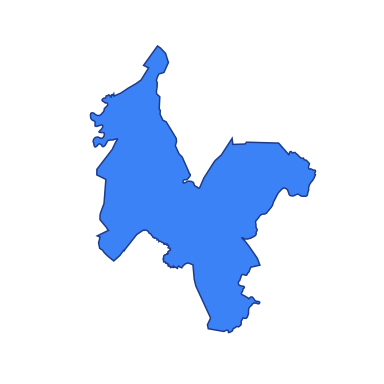 Juan R. Escudero, Guerrero, Mexico (Robinson projection), rotated 228°
{"feature_id": "50627088B85628138735153", "entity_name": "Juan R. Escudero", "entity_type": "district", "adm_level": 2, "iso_a3": "MEX", "parent_name": "Mexico", "parent_adm1": "Guerrero", "projection": "robinson", "projection_center": [-99.489, 17.137], "detail": "fine", "context": "isolated", "style": "filled", "palette": "blue", "viewbox_px": 384, "rotation_deg": 228, "n_neighbors": 0, "source": "geoboundaries", "source_scale": "gbopen_adm2", "svg_char_len": 6049}
<svg xmlns="http://www.w3.org/2000/svg" viewBox="0 0 384 384"><g transform="rotate(228 192 192)"><path d="M60.6,136.4L60.4,138.7L60.7,139.9L63.2,142.3L63.5,143.6L64.4,145.5L64.2,145.9L63.1,146.3L62.0,147.6L61.9,147.9L62.0,149.3L63.8,152.6L66.0,154.6L67.7,156.7L68.0,158.3L67.9,160.6L68.4,162.1L67.9,163.9L67.5,164.4L67.0,164.7L66.3,165.6L65.3,165.8L64.5,166.5L64.1,167.2L64.3,168.1L64.9,168.6L65.8,168.4L67.7,166.8L69.1,166.1L70.4,166.4L71.6,166.5L73.1,166.6L73.8,166.4L74.6,165.6L74.7,164.9L74.6,163.3L74.8,162.7L75.3,162.8L75.6,162.8L80.1,161.4L82.2,160.5L83.0,160.5L83.7,160.9L84.6,163.6L85.8,165.1L85.8,166.4L85.9,166.9L86.8,167.4L87.3,167.3L89.3,165.7L90.6,165.0L91.2,164.7L92.1,164.8L93.7,165.9L94.3,166.7L94.2,168.0L94.3,168.3L95.2,169.8L95.6,170.8L96.3,171.7L97.0,173.1L96.9,174.4L96.1,175.1L94.3,176.1L93.8,176.7L93.7,177.3L94.4,179.1L94.5,180.8L96.8,185.3L92.2,193.5L99.1,196.2L113.8,198.1L120.9,198.6L124.4,198.3L124.6,198.7L121.9,199.8L120.2,201.4L119.8,202.1L118.4,204.7L117.9,206.9L117.5,207.9L117.4,209.4L117.2,209.8L117.3,210.5L117.9,211.7L118.6,212.1L119.0,212.6L120.1,215.0L121.2,215.6L122.9,215.9L124.7,217.5L127.1,219.1L127.9,220.2L127.9,221.6L128.2,222.6L128.3,224.3L128.8,225.4L129.0,227.6L128.4,229.5L127.0,231.3L126.4,233.2L126.9,235.1L127.0,236.9L127.5,239.9L128.1,242.5L128.6,243.6L129.8,245.3L133.6,255.4L134.0,260.1L133.9,262.1L133.1,263.3L132.3,263.9L130.4,264.4L129.2,264.3L125.0,262.5L123.9,262.5L123.5,262.7L122.4,263.5L121.2,264.8L120.1,268.4L119.4,269.4L118.9,269.7L116.5,270.2L115.2,271.0L112.6,273.8L112.4,274.8L112.5,275.6L114.0,277.6L115.6,280.2L117.1,281.5L118.7,283.9L119.6,287.0L119.8,289.0L120.5,291.5L122.2,295.3L123.0,295.3L123.7,295.6L124.1,296.0L124.3,296.9L124.6,297.5L125.3,298.0L125.6,298.1L126.2,297.8L127.6,296.4L128.4,296.4L130.0,295.6L130.3,294.7L130.8,294.4L131.7,294.6L133.2,295.9L134.1,297.8L134.4,298.2L135.5,298.3L139.2,298.2L140.8,296.9L142.6,297.5L143.8,296.0L144.5,295.7L146.9,295.4L148.6,295.5L151.5,295.0L152.4,295.0L153.0,294.4L153.5,293.2L153.9,292.7L155.5,292.8L155.9,292.6L156.1,292.3L156.3,291.5L155.0,288.9L170.4,289.1L192.5,265.9L192.2,263.5L200.0,254.2L205.0,257.7L199.9,238.6L199.9,230.8L199.7,229.0L194.5,210.3L189.9,200.2L191.0,199.2L192.4,199.1L193.9,198.5L195.0,198.2L195.4,198.3L198.0,199.4L200.0,198.8L202.0,197.1L203.0,195.8L203.2,194.0L203.5,193.1L204.2,191.9L204.8,191.7L205.5,191.8L206.2,193.1L206.4,193.7L206.2,194.6L204.7,196.2L204.6,197.3L204.8,199.2L205.2,201.2L205.6,202.0L206.3,202.5L208.4,202.5L208.6,202.9L224.5,208.1L229.1,207.9L237.5,210.6L240.0,214.4L242.5,216.2L261.6,219.8L264.8,218.4L271.2,220.3L273.7,222.9L275.9,223.4L284.3,231.8L288.7,231.4L290.5,232.8L293.5,236.4L296.4,239.3L298.5,240.0L300.2,242.3L301.9,246.3L299.6,251.1L304.0,261.1L312.7,265.1L320.0,264.9L323.6,264.1L318.5,240.7L313.3,242.8L309.3,229.1L310.0,222.9L311.9,213.8L313.2,205.1L315.4,198.4L317.2,199.5L316.3,197.6L317.2,198.3L317.4,198.3L317.8,198.0L318.0,196.9L317.3,195.8L316.7,195.5L317.1,195.3L319.3,195.4L320.0,195.0L320.0,194.1L320.8,192.6L320.7,192.4L319.8,190.9L319.9,190.4L320.6,189.4L320.9,188.3L320.9,187.7L320.6,186.7L319.6,186.3L318.6,186.7L316.2,187.1L315.4,188.2L314.8,188.4L313.7,188.1L313.3,187.8L313.0,187.3L312.8,186.6L312.7,182.8L312.4,182.3L311.5,181.4L310.9,180.0L310.6,177.4L310.5,175.6L310.9,174.1L312.6,172.7L314.1,172.1L316.3,171.8L317.4,171.1L318.0,170.3L318.1,169.2L317.2,168.1L315.0,166.4L314.4,166.1L313.0,165.9L311.9,166.1L309.9,166.9L309.4,167.0L308.5,166.5L306.1,164.2L305.6,164.2L304.9,164.6L304.5,165.2L302.3,169.7L302.0,170.0L301.2,170.1L300.8,169.9L300.0,169.0L299.6,167.9L299.3,166.7L299.1,163.3L298.7,163.0L297.7,163.5L295.7,165.6L295.2,165.9L294.5,166.2L294.0,166.0L292.5,164.2L292.0,162.3L292.0,161.5L292.2,161.0L292.9,160.2L295.2,159.2L295.9,158.8L296.6,157.8L297.0,157.2L297.2,156.4L297.1,154.7L296.8,153.8L296.2,152.9L295.4,152.1L294.1,151.7L292.1,150.4L290.9,150.0L290.2,150.2L289.9,151.1L289.8,151.8L290.1,154.6L289.7,155.4L289.4,155.7L287.9,156.2L286.9,155.9L285.9,155.9L285.2,156.2L285.0,156.6L284.9,157.0L284.8,158.6L285.6,161.2L286.4,163.1L286.5,163.7L286.4,164.1L285.1,166.4L283.7,167.9L282.9,169.8L281.5,172.1L280.9,171.8L280.2,168.8L277.0,161.1L272.5,136.5L268.4,132.7L259.0,136.4L242.3,118.9L237.6,109.9L236.1,107.9L233.0,105.1L222.6,104.7L221.3,104.3L219.4,104.3L222.8,92.2L220.0,93.5L216.7,88.5L211.9,85.7L208.6,86.6L205.4,86.2L200.0,86.6L193.1,87.7L193.1,96.0L194.3,101.8L193.1,102.5L194.0,102.4L194.3,102.6L194.0,102.9L197.4,122.5L196.3,130.0L195.4,130.9L195.1,131.8L193.8,132.7L193.0,132.8L192.1,133.1L190.2,132.6L188.4,133.3L186.9,133.0L185.1,133.1L184.6,132.7L182.7,133.3L182.7,133.7L181.9,134.3L180.2,134.5L179.9,134.1L179.6,134.7L179.2,134.5L178.6,134.8L177.4,134.6L177.3,134.4L177.1,135.0L175.9,135.8L174.8,135.9L174.0,136.4L172.8,136.7L172.1,136.2L171.9,136.3L171.9,136.8L171.7,136.6L170.8,137.5L170.3,138.6L169.3,137.8L168.0,138.9L167.2,138.2L166.8,137.5L166.5,137.3L166.5,137.0L164.9,137.7L164.8,138.0L164.2,137.8L164.2,137.5L163.8,137.5L163.6,137.1L163.2,136.7L163.7,135.5L163.6,133.8L162.2,132.9L162.1,132.4L162.3,131.9L162.9,131.9L163.0,131.8L163.0,130.6L163.5,129.7L163.5,128.4L161.9,126.5L161.5,125.6L161.1,125.5L160.9,125.7L160.5,125.3L160.2,124.9L159.0,124.2L158.7,124.4L158.5,124.9L158.1,125.3L157.7,125.2L156.7,124.8L156.4,125.1L156.4,125.3L155.9,125.7L155.5,125.9L155.1,125.5L154.5,125.7L154.1,126.2L153.9,126.2L153.2,124.8L152.4,125.1L152.2,125.6L151.7,125.8L151.2,125.6L150.9,125.6L151.2,125.9L150.9,126.3L150.3,126.0L149.5,126.5L149.4,126.9L148.8,127.4L149.4,128.7L149.0,128.7L148.7,128.2L148.6,128.6L148.4,128.7L148.0,128.4L147.8,129.1L145.0,130.0L145.2,130.5L145.5,130.4L145.9,131.1L146.1,132.3L145.1,132.7L144.7,132.6L142.5,133.7L142.8,134.3L142.9,134.9L143.1,137.5L143.0,139.2L142.6,140.3L141.6,141.8L137.3,144.0L125.4,135.1L119.4,131.9L85.9,121.5L83.0,114.6L79.5,112.6L67.0,122.4L66.4,124.7L65.8,125.7L65.3,126.0L64.7,126.0L63.1,125.1L62.8,125.3L62.1,127.4L61.8,128.7L62.0,129.5L62.7,130.7L62.7,131.9L62.3,133.2L62.2,135.2L60.6,136.4Z" fill="#3b82f6" stroke="#1e3a8a" stroke-width="1.5"/></g></svg>